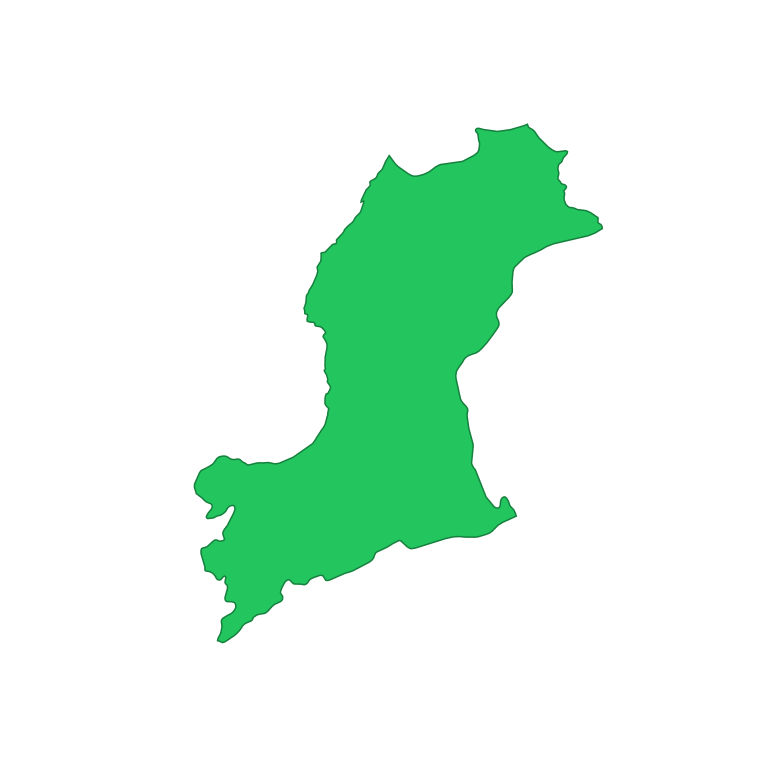 the border of Cusco, rotated 55°
{"feature_id": "PER-571", "entity_name": "Cusco", "entity_type": "Department", "adm_level": 1, "iso_a3": "PER", "parent_name": "Peru", "parent_adm1": "", "projection": "equal_earth", "projection_center": [-72.174, -13.267], "detail": "fine", "context": "isolated", "style": "filled", "palette": "green", "viewbox_px": 768, "rotation_deg": 55, "n_neighbors": 0, "source": "natural_earth", "source_scale": "10m", "svg_char_len": 6170}
<svg xmlns="http://www.w3.org/2000/svg" viewBox="0 0 768 768"><g transform="rotate(55 384 384)"><path d="M221.8,298.5L220.3,296.9L214.8,287.3L214.0,283.4L213.4,281.5L212.3,280.6L210.5,279.9L210.1,278.3L210.6,274.6L210.5,272.2L210.1,271.1L208.3,268.4L207.8,266.7L207.3,263.0L206.6,261.4L202.7,255.1L199.9,248.7L210.2,248.5L213.9,247.8L225.9,243.5L229.3,241.7L231.0,240.2L232.9,237.2L234.8,232.1L235.5,229.2L236.0,226.2L236.1,223.2L235.8,217.3L236.3,213.2L236.6,211.9L246.5,192.4L246.8,191.3L248.3,179.5L248.2,175.7L247.9,174.3L247.0,172.5L244.2,169.7L242.4,168.2L241.5,167.6L238.5,166.6L233.4,163.9L232.1,163.7L229.8,163.9L228.9,163.6L228.2,162.9L228.0,161.4L228.5,160.3L229.2,159.4L232.7,156.5L242.2,146.2L248.1,134.7L252.6,121.5L253.5,117.5L256.5,118.4L261.1,116.3L263.7,115.8L271.1,115.9L284.3,113.5L288.3,112.1L291.6,110.4L292.5,109.6L293.3,108.7L296.9,101.8L297.7,100.9L298.9,100.4L299.9,101.4L300.5,102.6L301.5,107.0L302.1,108.2L303.5,110.2L304.0,111.3L304.2,114.1L304.7,115.4L307.3,118.1L311.4,119.8L312.3,120.5L314.8,123.2L316.2,123.9L319.5,123.6L320.6,123.8L321.8,123.7L324.8,121.5L326.7,121.2L327.7,121.9L328.3,123.2L328.6,124.7L329.1,125.8L330.0,126.5L331.1,126.5L332.0,127.1L334.5,129.5L336.8,130.9L341.3,132.0L344.8,131.3L345.9,130.6L346.7,129.7L347.4,128.8L349.3,127.1L351.8,125.7L352.7,124.8L356.6,120.4L358.5,118.6L362.1,116.5L369.3,113.8L370.1,113.3L371.0,113.5L374.1,116.0L375.2,116.0L377.9,114.8L380.2,115.1L381.9,116.0L381.4,124.4L379.7,131.6L366.4,164.7L364.6,172.2L364.2,177.5L362.8,186.1L361.9,190.0L361.1,195.1L361.1,197.1L362.9,208.7L363.2,210.0L363.8,211.3L365.7,213.7L374.0,220.7L381.3,225.4L382.7,226.7L383.8,229.0L384.7,232.0L387.5,246.2L388.5,248.4L389.5,250.1L390.7,251.5L393.6,253.2L398.2,254.1L400.5,255.1L401.6,256.0L402.8,257.9L403.6,259.7L405.9,265.9L409.3,276.3L410.8,282.8L411.5,287.2L411.4,290.4L409.7,296.4L409.2,298.8L409.2,302.3L409.9,304.7L411.0,306.8L413.5,313.7L415.1,317.3L418.2,320.3L420.9,321.9L440.0,329.9L442.3,330.3L444.1,330.3L449.4,329.6L451.5,329.6L452.8,330.0L453.9,330.7L456.4,333.2L458.3,334.5L469.0,340.0L484.5,345.6L486.2,346.7L498.8,357.5L500.4,358.2L503.8,358.6L506.6,358.4L535.1,365.2L547.9,364.2L549.9,363.1L551.2,361.7L551.2,360.1L550.4,358.7L547.8,356.5L546.5,355.3L545.5,353.8L545.0,352.0L545.5,350.1L546.5,349.4L548.0,349.1L551.2,349.3L556.0,350.7L561.4,349.9L564.7,350.4L568.1,351.4L565.3,366.6L565.1,371.7L566.6,379.8L566.6,382.9L565.8,386.6L563.2,394.4L561.6,397.4L555.6,405.8L552.7,409.1L550.6,412.2L549.0,414.9L546.0,422.0L536.4,452.3L534.6,456.1L533.3,457.2L530.6,458.4L522.3,460.2L520.8,461.4L519.8,468.3L519.4,475.4L517.4,486.8L518.0,488.7L519.2,490.5L520.4,492.0L521.4,495.1L521.5,498.1L519.2,516.3L518.4,519.4L516.7,524.5L513.3,541.3L512.3,543.4L511.3,544.3L506.0,544.0L504.1,545.9L502.3,552.2L501.6,556.1L502.1,558.3L503.1,560.9L503.2,562.4L503.0,563.7L502.5,564.7L500.6,566.5L496.5,572.0L495.5,572.9L491.7,573.4L489.9,574.0L489.1,576.0L489.4,578.6L489.9,579.8L492.3,584.4L494.1,587.1L495.0,588.1L496.0,588.7L499.8,588.8L501.9,590.3L502.7,591.8L502.9,593.5L501.8,599.8L501.8,601.7L502.2,604.1L503.3,608.6L503.6,611.2L503.5,613.2L501.2,618.0L500.3,620.5L500.2,624.6L501.7,627.4L501.9,628.7L501.0,632.7L500.6,635.6L500.8,637.5L501.1,639.0L501.8,640.2L502.7,642.6L503.6,646.0L504.2,650.6L504.0,661.4L503.7,663.4L503.0,664.8L500.1,666.4L498.8,667.6L497.0,665.6L494.9,661.4L493.3,659.4L490.4,656.4L488.8,655.2L486.0,653.9L484.5,652.9L483.8,651.7L483.5,650.5L483.8,644.7L484.3,641.7L484.3,640.0L484.1,638.4L483.4,635.9L482.6,634.5L481.8,633.4L479.9,632.1L478.0,631.8L476.9,632.1L475.2,633.4L472.3,637.3L471.4,637.9L470.2,638.0L468.8,637.5L467.7,636.7L461.9,629.7L460.3,628.5L458.9,627.9L456.6,628.4L455.1,627.9L451.8,624.6L450.6,624.4L449.8,624.9L449.7,626.2L450.7,629.8L450.3,631.0L449.7,631.9L448.7,632.5L447.5,632.8L443.9,632.4L442.7,632.5L440.4,633.0L437.7,634.4L435.0,637.1L434.1,637.5L433.1,637.1L431.9,636.1L430.8,635.5L418.1,631.2L415.5,629.5L414.2,627.9L414.4,626.6L415.3,624.1L415.8,622.1L414.7,613.7L414.8,612.2L415.3,611.1L416.1,610.3L418.1,609.1L418.8,608.2L419.4,607.1L419.9,605.9L420.0,604.7L419.6,603.7L414.9,602.2L413.6,601.4L412.7,600.4L411.5,598.1L410.2,593.8L403.4,581.0L401.2,578.0L399.9,577.1L398.1,576.7L397.2,577.0L396.4,578.0L395.9,579.2L395.6,580.6L395.6,582.0L395.9,583.3L397.5,586.7L397.9,589.4L397.8,592.3L397.6,593.5L396.4,596.4L395.9,600.5L393.2,605.5L392.2,606.0L391.2,605.9L390.4,605.1L389.8,604.1L388.7,601.6L387.6,597.5L387.0,596.3L386.3,595.4L385.3,594.6L384.0,594.3L382.9,594.5L380.5,596.1L378.3,597.3L375.8,598.0L373.0,598.4L366.2,600.6L359.8,598.5L357.3,596.6L351.0,586.2L350.4,584.8L350.1,583.6L350.1,582.4L350.6,579.9L351.3,574.1L351.4,570.7L351.2,569.2L349.4,564.2L349.1,562.9L349.1,561.4L349.4,560.0L350.6,557.4L351.6,555.9L352.7,554.8L354.1,554.0L356.4,553.1L358.1,552.2L359.8,550.3L360.6,548.9L361.2,547.4L362.0,546.3L363.1,545.4L367.0,544.5L368.4,543.5L371.9,542.2L372.8,541.1L375.6,533.9L376.6,532.0L379.0,528.7L382.2,523.5L386.5,519.6L387.8,517.5L388.9,514.9L391.9,500.4L391.9,476.6L390.5,472.7L388.8,468.8L386.0,461.9L384.9,458.6L383.5,455.6L378.0,449.1L377.1,447.7L376.3,447.4L373.1,444.2L372.6,443.4L367.5,443.9L365.9,443.4L362.0,440.6L360.1,438.7L359.0,436.9L359.7,435.9L357.7,431.8L356.4,430.0L355.1,429.3L350.9,429.3L349.6,429.1L347.8,427.3L343.9,425.9L339.7,425.5L338.6,425.1L337.8,423.1L335.8,422.3L328.4,416.9L321.6,409.9L318.4,407.7L314.6,407.0L310.4,406.8L309.9,406.4L309.3,405.2L308.8,403.8L308.7,402.6L308.1,402.2L305.4,402.1L302.0,402.6L300.5,403.4L297.5,406.5L296.8,406.8L296.1,406.8L294.7,405.9L293.3,406.3L292.6,406.8L290.8,409.2L288.5,410.9L286.7,409.8L285.0,407.9L283.2,406.8L281.0,408.5L280.3,408.2L279.4,407.4L275.8,405.9L275.1,404.5L272.3,401.1L267.4,397.1L266.7,396.0L266.2,394.2L264.3,391.5L261.7,385.4L256.4,376.8L253.5,373.4L250.2,372.0L249.6,371.2L247.4,365.9L246.0,364.3L242.5,361.6L240.8,360.7L240.8,359.7L242.2,356.8L240.2,346.0L241.1,343.7L241.6,343.3L241.3,342.3L240.6,341.4L238.8,340.4L238.4,339.1L236.9,332.0L236.2,329.7L234.9,327.7L233.9,322.7L233.5,317.7L233.1,315.9L231.6,312.8L230.8,310.4L230.0,305.6L229.1,303.8L224.1,297.0L222.5,295.7L221.8,298.5Z" fill="#22c55e" stroke="#15803d" stroke-width="1.5"/></g></svg>